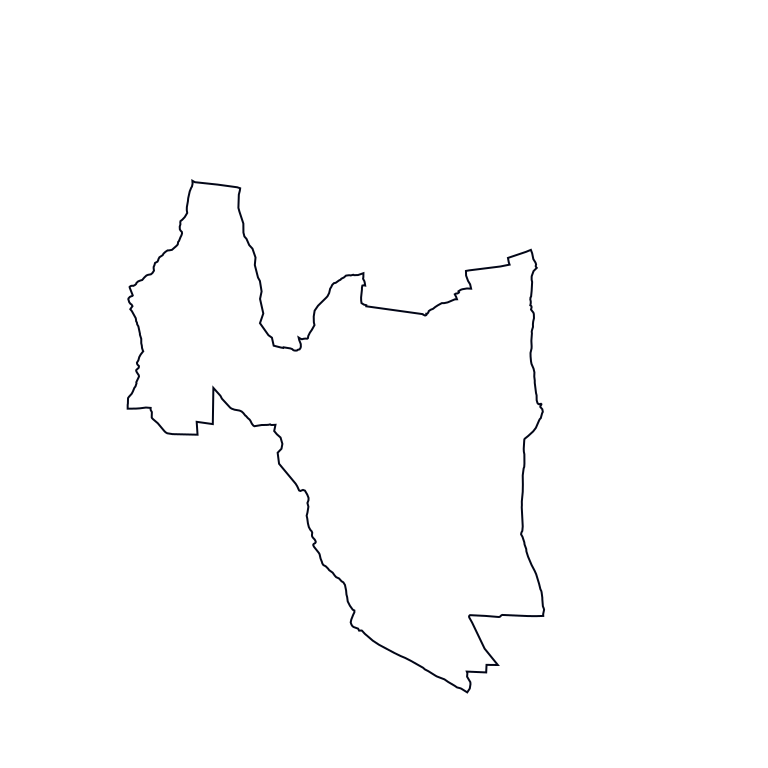 Cuaxomulco, Tlaxcala, Mexico (Albers equal-area conic projection), rotated 225°
{"feature_id": "50627088B93382827511262", "entity_name": "Cuaxomulco", "entity_type": "district", "adm_level": 2, "iso_a3": "MEX", "parent_name": "Mexico", "parent_adm1": "Tlaxcala", "projection": "albers", "projection_center": [-98.088, 19.345], "detail": "fine", "context": "isolated", "style": "outline", "palette": "ink", "viewbox_px": 768, "rotation_deg": 225, "n_neighbors": 0, "source": "geoboundaries", "source_scale": "gbopen_adm2", "svg_char_len": 6166}
<svg xmlns="http://www.w3.org/2000/svg" viewBox="0 0 768 768"><g transform="rotate(225 384 384)"><path d="M616.3,257.5L613.7,257.2L606.1,255.0L604.4,253.8L603.8,253.2L602.1,252.7L600.6,251.6L598.5,251.1L592.0,246.9L591.5,246.3L587.6,244.3L584.5,241.2L582.4,239.9L580.6,238.4L578.1,237.1L577.4,236.9L576.9,232.8L576.1,230.0L574.4,227.0L573.8,224.4L572.9,223.7L571.9,223.4L570.0,223.4L569.4,222.8L568.9,221.8L569.1,219.0L568.9,218.4L568.0,217.8L566.6,217.4L563.6,216.8L562.5,216.0L560.4,210.1L559.5,209.5L558.0,206.5L557.8,204.8L556.3,201.2L555.5,198.7L555.3,194.6L555.0,193.0L551.2,189.0L550.5,188.0L547.8,185.3L542.1,191.1L539.4,194.2L535.7,199.0L532.1,202.1L531.3,201.2L530.5,200.6L528.3,200.0L524.6,196.1L524.1,195.9L522.6,195.8L516.2,196.3L506.3,195.4L504.3,195.4L502.4,195.9L498.0,199.1L480.0,216.3L489.7,224.8L476.7,234.6L501.9,260.6L491.3,260.0L488.2,259.0L476.0,258.5L474.4,258.8L471.6,260.1L467.3,263.1L465.2,263.9L462.9,264.0L459.8,263.6L458.9,263.8L456.2,263.6L453.9,263.8L452.3,263.5L449.4,262.5L447.0,262.2L445.8,262.5L441.5,268.5L438.3,271.8L436.8,273.5L436.0,274.9L435.1,275.1L434.3,275.7L431.9,278.4L428.4,273.1L424.2,272.7L419.3,273.0L413.5,269.8L410.7,265.7L410.6,260.2L401.8,253.4L375.9,251.0L373.0,250.3L368.8,248.7L367.5,249.2L366.4,251.8L364.5,252.7L360.0,251.5L356.8,250.1L355.2,248.4L354.0,245.7L350.7,243.8L347.1,238.8L345.6,236.2L343.1,234.6L339.3,231.7L336.0,229.7L333.0,228.8L331.0,228.7L329.6,228.1L328.1,226.2L327.0,225.4L325.7,225.1L323.0,225.0L321.6,224.6L320.6,224.1L320.3,223.5L320.2,222.8L320.6,221.2L320.5,220.6L320.2,220.1L319.6,219.8L318.4,219.4L310.7,218.5L309.2,218.1L305.4,215.7L302.1,214.3L300.7,213.5L298.8,213.1L296.3,213.9L293.1,213.9L291.1,213.6L286.9,214.3L283.4,213.7L281.2,213.6L278.3,214.7L274.5,214.5L272.5,215.0L269.5,214.3L264.8,211.2L261.7,208.6L259.3,207.2L255.9,204.6L251.3,203.1L246.5,202.3L244.8,202.9L243.5,201.6L242.6,199.0L240.6,194.4L239.0,191.9L237.0,190.9L235.4,190.5L233.8,190.6L229.3,192.7L227.2,192.0L225.7,193.7L225.2,194.0L221.0,193.8L210.4,194.6L203.1,196.1L186.6,201.1L179.9,203.4L175.3,205.3L169.4,207.2L155.7,211.0L153.3,211.1L149.5,212.3L141.2,214.2L139.8,214.6L132.4,217.9L127.9,218.7L120.6,220.6L117.8,221.1L115.3,222.6L114.0,223.2L107.1,224.8L108.0,229.3L110.6,232.9L112.1,234.2L118.3,235.8L120.6,238.5L122.1,239.2L107.8,252.3L112.9,257.9L104.8,265.8L125.7,268.0L153.0,277.6L158.7,279.2L159.6,279.9L159.8,280.7L159.7,281.4L148.1,291.9L138.2,300.3L137.5,301.2L137.4,303.6L137.0,304.4L117.9,321.9L112.3,327.4L107.4,332.6L108.8,333.9L111.2,337.6L112.6,338.4L114.5,339.2L119.9,343.8L120.9,344.8L125.2,348.1L126.3,348.8L128.3,349.5L133.1,352.4L141.9,357.1L145.3,358.4L151.7,360.4L160.1,363.8L164.9,366.3L166.8,367.9L171.1,369.9L172.9,371.3L178.1,373.9L180.7,374.6L181.2,375.2L181.9,376.4L182.3,377.9L185.2,381.4L199.5,394.3L200.8,395.8L203.5,398.4L209.6,405.8L214.6,411.0L221.3,417.5L225.6,423.1L226.2,424.5L228.4,427.0L235.1,433.6L237.2,435.0L239.3,436.9L245.4,443.8L245.8,444.7L245.3,449.2L245.0,456.0L245.6,460.4L248.6,468.0L249.0,469.3L249.0,470.7L251.5,475.1L252.0,476.6L254.2,478.1L257.2,478.3L257.8,478.9L258.1,480.5L258.4,481.0L259.0,481.0L260.1,479.3L260.8,479.0L262.1,479.1L264.6,480.5L268.1,483.9L270.1,485.1L278.2,491.4L279.9,493.1L283.0,495.5L285.9,498.6L289.1,500.6L293.9,502.5L296.1,504.0L299.8,507.1L302.4,509.6L304.9,513.6L306.3,515.1L310.3,518.7L315.3,524.5L316.5,525.4L317.4,526.7L319.0,529.7L321.0,531.6L322.7,533.7L324.5,536.6L327.5,539.4L328.8,540.1L332.7,540.6L333.8,542.5L334.7,543.2L335.5,543.3L336.2,543.1L337.2,544.7L338.3,545.9L339.4,546.7L340.2,547.1L341.6,548.8L341.8,549.8L345.5,554.3L351.4,560.9L353.3,562.1L355.2,564.0L355.8,564.7L358.1,569.6L358.1,574.1L358.7,574.1L360.1,574.6L361.0,576.1L362.8,577.0L366.7,577.9L371.7,581.2L375.0,582.7L377.0,577.9L385.5,560.8L381.7,558.2L379.6,557.2L384.8,549.4L404.1,524.6L406.0,521.9L402.6,518.7L397.4,516.3L393.6,515.4L389.8,513.0L392.9,510.2L395.6,506.4L396.3,505.0L396.9,502.2L395.7,501.7L396.0,500.1L397.1,498.8L397.4,497.5L394.6,496.6L392.3,495.5L393.8,493.9L396.7,486.7L398.6,483.8L400.3,482.1L401.6,477.6L402.2,474.7L402.5,471.8L403.5,469.5L403.9,467.2L403.2,465.8L403.1,464.3L403.8,463.6L402.9,462.7L403.1,461.9L403.5,461.4L405.5,460.7L406.0,460.8L451.5,426.4L452.2,427.2L454.4,425.9L457.1,425.3L459.1,426.8L461.4,429.0L466.4,435.2L467.7,436.5L468.9,438.3L468.2,439.4L466.9,440.3L469.1,441.9L470.5,442.8L473.2,443.6L474.2,445.0L476.9,447.8L479.4,442.7L482.1,439.8L483.0,439.5L484.3,437.2L485.0,436.8L485.8,436.0L487.5,433.8L487.7,430.9L488.6,428.3L488.5,426.9L489.0,425.6L489.7,421.4L490.7,419.9L490.7,417.5L489.8,415.0L489.5,413.4L487.1,409.5L486.0,406.1L485.9,404.2L486.0,392.7L484.9,386.8L481.4,382.0L477.2,378.0L474.8,376.5L473.3,371.2L472.7,367.9L471.5,364.4L470.2,362.6L470.3,361.8L471.7,360.5L472.7,359.3L473.7,357.6L475.0,357.0L477.2,356.5L475.0,355.1L471.1,353.4L469.1,351.5L468.5,350.4L468.2,348.8L469.2,347.1L469.2,346.2L469.9,345.3L471.2,344.2L472.2,343.8L473.5,343.8L475.3,343.0L481.0,338.9L480.7,338.3L482.7,336.9L489.1,333.1L496.0,337.5L500.2,336.8L514.7,339.3L519.2,348.5L531.8,356.5L536.0,362.9L544.6,369.1L548.4,370.2L559.5,376.8L564.3,382.6L572.7,386.7L577.5,386.9L583.9,389.4L587.0,389.6L590.5,391.7L596.9,398.0L608.2,403.7L611.5,405.6L620.6,415.3L622.6,418.7L624.1,420.7L626.9,419.3L642.7,407.3L660.4,393.0L663.2,392.2L661.0,390.3L659.4,387.8L659.1,386.5L657.6,382.9L653.8,376.9L651.9,374.6L648.5,369.7L646.4,367.5L644.1,365.8L642.9,361.1L642.8,357.5L643.1,355.3L642.4,354.3L640.9,353.0L639.7,350.8L637.7,349.0L636.2,348.6L634.5,348.6L633.3,347.7L632.3,345.8L631.7,343.9L630.1,340.2L630.0,338.9L628.5,336.8L628.4,335.2L628.8,328.9L630.4,326.6L631.5,325.4L632.0,322.9L632.1,320.3L631.6,318.6L632.4,314.8L631.7,312.6L631.2,311.9L630.7,310.3L631.5,307.7L630.3,305.6L629.7,304.0L628.9,303.1L626.8,301.5L626.2,298.7L626.4,296.7L628.0,294.4L628.7,292.8L628.8,289.9L628.5,286.6L629.5,284.8L630.4,282.7L630.5,280.5L630.0,279.4L630.1,277.8L630.7,276.1L631.7,275.3L632.3,274.3L632.5,273.5L632.5,272.7L631.7,272.2L624.3,269.0L624.2,268.4L624.9,267.0L625.3,265.9L625.2,263.9L624.8,263.2L622.0,261.7L620.0,261.4L618.7,261.7L616.9,261.2L616.3,257.5Z" fill="none" stroke="#020617" stroke-width="2"/></g></svg>